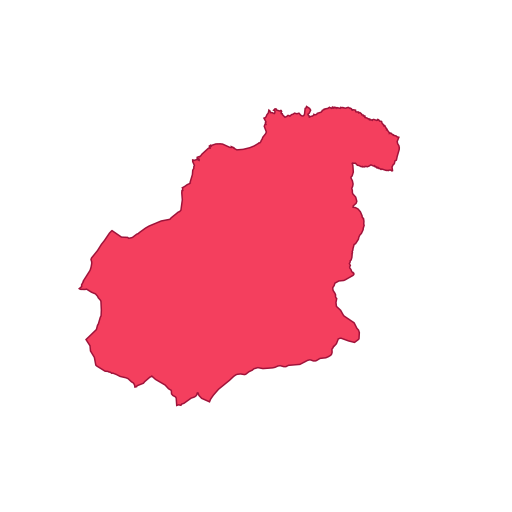 Gasabo, Kigali City, Rwanda (Mercator projection), rotated 126°
{"feature_id": "39286606B27612515465928", "entity_name": "Gasabo", "entity_type": "district", "adm_level": 2, "iso_a3": "RWA", "parent_name": "Rwanda", "parent_adm1": "Kigali City", "projection": "mercator", "projection_center": [30.108, -1.884], "detail": "fine", "context": "isolated", "style": "filled", "palette": "rose", "viewbox_px": 512, "rotation_deg": 126, "n_neighbors": 0, "source": "geoboundaries", "source_scale": "gbopen_adm2", "svg_char_len": 6068}
<svg xmlns="http://www.w3.org/2000/svg" viewBox="0 0 512 512"><g transform="rotate(126 256 256)"><path d="M183.5,340.9L185.1,348.8L186.3,350.9L188.9,354.3L192.1,356.6L193.7,356.8L193.0,357.8L194.5,358.4L195.8,356.6L196.6,357.8L205.3,359.6L207.4,359.6L208.8,359.9L208.7,360.2L210.7,361.6L211.6,361.0L211.1,359.3L211.5,358.4L212.1,358.2L212.4,360.3L215.7,362.8L215.0,364.1L216.9,362.6L218.9,359.1L220.3,358.8L221.7,357.8L223.8,357.6L227.5,355.3L235.2,352.6L235.5,352.1L236.5,352.3L238.7,353.6L241.5,354.5L244.1,355.7L244.3,355.1L245.8,354.3L246.1,353.8L246.7,354.3L248.6,353.1L253.9,348.6L263.0,343.7L265.0,343.9L266.1,344.7L275.1,347.1L276.9,347.2L283.4,353.3L294.6,360.1L298.4,361.8L306.1,364.3L306.9,364.3L308.4,365.3L313.7,366.9L316.5,369.3L316.4,370.8L319.8,375.9L320.1,387.4L320.7,387.6L323.6,388.0L332.6,387.7L337.4,387.9L344.8,387.4L354.3,387.9L355.9,387.4L357.3,385.5L358.8,384.4L361.9,382.9L365.1,381.8L378.0,381.0L378.1,380.6L381.8,380.2L383.1,379.1L386.3,379.8L386.2,378.5L383.6,374.7L382.4,373.6L382.0,367.8L381.0,363.6L381.7,360.5L382.5,359.1L383.2,355.9L383.8,354.8L390.7,349.3L395.4,346.2L397.2,345.9L403.6,343.6L405.2,343.5L409.3,341.9L423.5,344.4L426.2,337.5L430.1,334.1L433.0,327.2L438.4,321.5L438.6,320.1L437.9,310.4L436.4,307.9L436.3,306.8L435.6,305.5L435.7,303.8L434.9,303.0L433.9,299.2L433.3,295.2L430.9,289.5L430.4,287.4L431.0,282.8L430.8,280.5L431.7,278.5L433.2,276.9L432.0,275.9L431.8,276.1L430.3,275.6L425.1,272.3L423.1,272.2L416.2,270.6L415.5,270.0L414.4,269.7L414.9,264.8L413.8,253.7L414.8,248.7L414.5,245.9L415.0,245.1L417.2,243.3L417.7,241.3L417.3,238.3L417.9,237.0L423.5,232.3L422.0,231.3L420.9,229.0L419.5,229.1L417.5,227.7L409.0,224.9L406.7,223.2L404.9,222.4L403.3,222.3L401.3,223.0L401.1,222.8L400.9,222.2L401.7,221.4L402.4,220.0L403.1,216.3L401.3,207.9L398.5,208.6L393.7,208.7L385.8,208.0L372.2,204.4L366.5,203.3L364.1,202.5L362.8,201.7L360.5,199.2L358.7,195.6L357.7,194.8L353.8,193.7L350.5,191.9L348.6,191.5L345.2,188.9L343.0,184.2L336.7,176.8L334.9,175.2L332.1,173.6L330.5,172.0L329.2,168.5L328.0,166.8L325.4,165.5L317.9,156.8L310.1,152.9L308.4,151.5L307.9,150.5L307.2,148.0L306.0,146.3L305.2,145.7L301.2,144.0L297.3,139.7L295.0,138.3L292.4,137.2L290.8,137.2L289.1,137.9L287.0,139.6L286.0,139.9L285.0,139.7L283.5,140.2L283.3,139.8L279.7,139.4L274.7,140.7L273.2,139.7L272.5,138.9L270.3,131.2L268.0,125.5L263.1,124.0L262.3,124.1L257.2,127.4L255.7,129.5L255.2,131.9L252.4,137.3L252.8,149.5L252.3,151.1L250.2,155.6L249.5,161.3L246.6,164.0L243.0,165.7L242.7,167.1L241.8,168.1L240.7,168.7L239.7,170.4L238.6,173.3L237.6,174.4L236.5,175.3L234.0,175.4L231.6,176.2L227.5,174.3L224.2,170.6L222.8,169.8L214.6,166.1L213.4,166.0L212.5,166.7L212.4,167.3L212.7,167.2L212.3,169.5L211.1,171.3L210.6,173.1L209.7,173.9L208.2,174.1L207.3,176.0L205.5,176.3L204.5,177.0L203.3,176.7L200.8,177.6L198.0,179.3L197.8,179.7L196.7,179.8L196.0,180.7L194.1,181.2L193.5,181.7L189.0,183.4L187.5,182.7L182.2,183.0L180.5,183.8L178.1,184.3L175.8,184.0L171.8,184.8L170.4,185.6L167.7,186.5L166.8,187.6L164.5,189.1L162.7,190.8L162.8,191.1L162.5,191.2L162.1,193.0L161.2,193.7L158.9,197.5L158.0,201.0L158.4,204.0L159.5,206.1L158.3,206.8L154.5,206.0L152.5,206.6L149.8,209.9L148.8,214.3L147.9,215.4L146.2,216.7L145.0,218.3L142.7,218.8L140.7,219.8L138.5,222.2L137.2,224.8L136.4,225.5L134.7,225.3L130.9,226.6L125.9,230.8L124.5,232.6L123.8,232.3L123.7,231.6L122.5,230.1L123.0,227.3L122.3,226.0L121.9,223.4L121.3,222.9L121.3,222.3L120.9,222.3L120.5,221.0L119.9,220.4L119.5,220.5L118.6,219.2L118.5,218.5L116.8,217.4L114.7,216.6L114.2,214.1L113.8,213.1L113.4,213.2L113.4,212.3L113.8,211.9L113.3,211.4L113.1,210.6L113.2,210.2L113.6,210.5L113.7,210.2L112.8,209.5L113.2,209.1L112.7,208.6L113.0,207.9L112.5,207.4L112.5,205.7L111.7,205.4L110.2,200.8L109.7,200.5L109.2,199.2L108.4,198.9L107.3,197.5L107.3,196.0L106.7,195.7L104.0,198.3L101.3,198.7L100.1,198.3L97.4,199.5L96.0,198.8L95.4,199.0L92.5,200.3L85.8,202.7L84.2,203.7L82.8,205.2L81.9,207.4L80.4,209.1L76.0,210.2L76.7,212.0L76.5,213.1L77.6,215.8L77.2,216.0L77.5,217.7L77.3,219.0L77.8,219.3L77.7,220.0L78.4,220.2L77.9,220.7L77.0,223.6L77.2,224.4L76.4,224.5L76.3,225.8L76.0,226.0L75.4,227.5L75.4,228.6L74.9,228.5L74.9,228.9L75.5,229.1L74.7,230.5L74.8,231.2L74.2,232.5L73.5,233.2L73.4,233.8L74.2,235.2L73.7,236.9L74.4,237.3L74.1,237.8L75.4,238.1L76.3,241.1L77.6,242.0L77.9,241.8L78.2,243.0L78.9,243.7L78.4,244.4L79.0,244.7L78.7,245.3L79.1,245.9L79.1,247.2L79.9,249.3L78.8,250.0L79.4,251.1L79.0,251.1L79.0,252.4L79.6,253.2L79.0,254.2L78.9,256.3L79.9,257.1L79.3,257.8L80.6,259.7L80.6,260.1L79.5,261.2L80.7,263.6L81.4,263.8L81.4,264.5L80.8,265.3L80.9,266.5L81.4,266.8L81.4,268.5L81.8,269.0L84.0,270.6L84.6,272.5L84.9,272.6L85.2,273.7L86.0,274.2L86.0,274.8L87.1,274.7L88.2,277.4L88.9,277.5L88.7,278.1L89.4,278.7L89.2,279.1L89.9,279.6L89.6,279.9L90.5,280.4L90.4,280.9L90.9,280.7L90.9,281.3L91.3,281.0L91.5,281.4L91.2,281.6L92.3,281.9L92.2,282.6L92.5,283.2L92.5,284.0L94.3,284.6L96.3,286.5L97.0,286.6L97.1,287.2L97.9,287.2L99.3,288.0L99.7,287.7L101.4,287.9L104.6,290.3L105.9,290.2L107.2,291.4L107.4,292.4L107.9,292.1L109.8,292.6L110.4,293.4L112.2,294.5L111.4,295.4L111.5,296.1L110.8,297.3L109.1,296.9L105.9,297.5L105.1,299.4L105.3,303.0L106.0,302.8L106.4,302.4L107.7,303.0L112.6,300.2L114.2,299.9L115.1,300.3L115.6,301.0L115.8,302.6L115.2,305.2L116.9,306.5L117.8,308.8L119.4,309.3L120.8,310.4L122.7,310.7L123.1,311.1L123.0,311.8L123.5,312.8L124.9,313.1L126.7,314.1L126.1,317.7L125.5,318.3L125.9,319.3L125.3,319.9L124.0,320.2L123.5,321.2L123.6,321.5L124.7,321.9L124.9,322.4L125.8,325.2L125.2,325.9L125.7,327.1L127.7,327.4L127.4,326.4L127.8,325.7L129.2,324.9L130.1,325.0L130.5,327.1L131.5,328.5L131.0,328.9L131.1,329.9L130.5,330.0L130.4,331.3L133.1,330.1L135.4,330.2L137.4,329.7L138.6,329.8L139.8,330.6L141.7,326.7L142.8,326.7L143.7,325.4L144.2,326.1L146.2,325.6L149.6,320.5L151.4,320.1L156.0,320.3L158.0,319.7L159.5,319.7L160.5,319.3L162.2,319.4L162.9,320.2L163.2,320.1L168.1,322.2L172.1,324.7L177.3,329.1L181.4,333.9L181.8,337.3L181.4,337.5L182.0,340.1L182.5,339.5L183.5,340.9Z" fill="#f43f5e" stroke="#9f1239" stroke-width="1.5"/></g></svg>